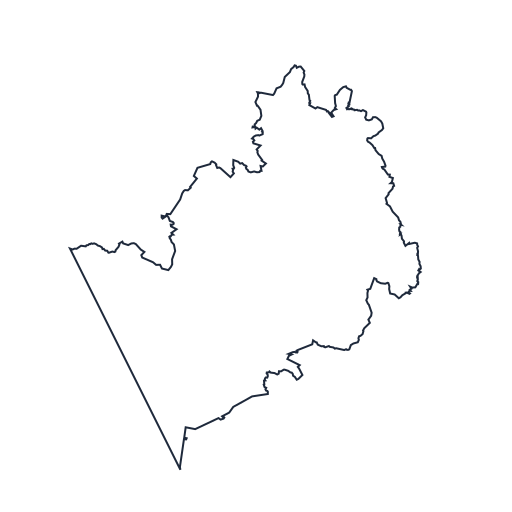 Huichapan, Hidalgo, Mexico, rotated 328°
{"feature_id": "50627088B28469606214618", "entity_name": "Huichapan", "entity_type": "district", "adm_level": 2, "iso_a3": "MEX", "parent_name": "Mexico", "parent_adm1": "Hidalgo", "projection": "natural_earth1", "projection_center": [-99.627, 20.39], "detail": "fine", "context": "isolated", "style": "outline", "palette": "slate", "viewbox_px": 512, "rotation_deg": 328, "n_neighbors": 0, "source": "geoboundaries", "source_scale": "gbopen_adm2", "svg_char_len": 6161}
<svg xmlns="http://www.w3.org/2000/svg" viewBox="0 0 512 512"><g transform="rotate(328 256 256)"><path d="M419.5,159.0L415.2,159.6L410.0,162.0L408.5,161.5L407.6,161.9L404.1,168.3L403.2,171.2L401.2,172.3L401.8,174.0L399.2,173.4L395.7,174.3L395.8,178.6L394.1,178.3L393.6,173.4L394.1,173.3L393.7,171.2L392.8,171.1L392.8,169.2L386.9,162.3L384.6,162.4L381.2,156.3L382.8,155.2L381.5,154.2L382.0,154.4L384.2,153.2L384.0,152.1L386.3,147.2L386.1,145.6L387.3,143.4L387.2,138.7L388.1,136.2L386.5,135.4L386.4,134.7L387.4,132.9L392.1,129.3L393.2,127.8L393.6,125.7L395.0,124.7L394.3,119.0L392.8,118.2L390.3,118.0L390.7,115.8L389.8,114.8L387.9,115.7L384.8,116.1L382.2,118.0L375.3,119.4L370.8,123.7L369.1,124.6L366.6,125.5L362.3,124.7L357.4,128.0L355.7,128.5L346.6,120.0L345.4,119.8L345.2,118.8L343.9,117.8L343.8,119.1L342.2,121.9L337.1,125.1L336.5,128.8L336.8,128.8L337.1,130.1L337.3,134.4L334.8,140.0L331.4,142.4L328.7,142.0L326.6,143.3L324.6,143.7L323.9,145.0L322.8,145.2L321.8,144.5L321.2,145.1L323.7,146.2L323.1,147.7L324.6,147.5L325.8,150.6L328.0,150.3L327.8,153.6L327.0,153.8L327.2,154.8L326.2,156.2L322.6,155.6L322.1,154.8L319.7,153.7L317.3,153.6L314.9,154.3L315.7,155.3L315.8,157.1L313.9,157.5L313.5,159.1L318.4,164.7L313.0,166.0L313.1,167.8L312.1,168.8L311.6,171.1L312.1,177.8L311.3,178.1L313.4,182.8L309.2,183.7L307.6,182.1L305.8,186.7L304.7,186.0L303.5,186.7L301.2,185.5L299.2,183.3L295.9,182.3L294.3,180.3L294.6,178.7L294.0,177.2L294.2,175.7L295.5,175.0L295.2,173.9L294.1,172.7L293.5,169.9L291.5,169.3L290.9,166.7L287.7,162.6L284.8,166.9L284.2,169.7L283.5,170.1L282.4,169.6L282.2,170.8L280.9,172.1L281.0,174.2L276.1,175.6L272.4,162.7L271.6,161.4L269.8,160.8L270.3,157.6L270.9,157.2L270.4,154.9L268.8,152.4L267.3,152.6L265.9,153.8L253.1,150.2L245.7,155.2L246.9,159.0L236.7,162.5L236.8,163.5L233.0,164.2L230.8,162.5L229.3,162.5L226.6,163.8L221.6,167.9L205.5,175.1L202.6,173.0L201.3,174.0L199.8,174.2L197.4,171.8L196.4,173.4L196.6,174.8L201.6,174.6L202.1,175.1L202.3,176.9L201.5,180.6L203.5,183.1L203.7,184.3L203.2,185.1L201.7,185.2L200.3,184.2L199.6,185.8L202.8,191.2L196.5,191.6L197.1,194.0L195.7,193.3L194.2,194.1L193.3,193.6L192.7,193.8L192.9,194.5L192.3,195.1L192.4,197.2L191.8,199.4L192.5,202.7L190.1,208.9L183.1,214.3L180.5,218.7L178.0,220.2L174.2,221.5L169.6,216.8L170.0,212.6L166.6,210.6L165.4,206.8L158.7,197.0L159.2,194.5L163.5,193.4L161.7,189.5L160.4,182.2L159.2,180.4L156.9,179.3L153.4,179.0L150.0,174.9L150.3,173.0L146.3,172.9L146.2,174.0L144.2,175.4L140.0,176.7L139.1,177.7L138.1,177.7L136.5,176.1L133.0,175.3L132.6,175.0L132.6,172.7L131.0,171.5L130.7,169.3L129.5,168.8L129.9,167.1L128.9,165.0L127.4,163.3L126.8,161.4L125.4,159.5L123.9,159.1L123.0,158.0L121.7,158.1L121.0,157.5L119.4,157.8L117.9,157.1L116.7,157.6L113.1,154.6L107.7,154.8L106.0,153.6L103.9,153.3L102.2,151.1L78.6,397.2L79.6,394.7L97.8,373.2L99.6,374.5L100.6,373.8L98.9,372.0L105.6,364.0L112.7,370.6L138.3,373.6L139.3,376.0L142.3,376.7L143.5,376.2L143.4,375.6L142.6,375.3L142.3,374.0L150.3,374.6L156.8,371.9L167.6,372.5L178.3,373.0L192.9,379.3L194.1,377.4L194.1,376.5L193.2,375.4L193.4,374.0L194.8,373.2L193.8,371.6L194.4,369.2L195.0,369.3L196.7,366.0L197.9,366.5L197.8,365.6L198.8,364.6L199.9,364.2L201.1,365.1L202.4,364.1L203.0,362.7L202.8,361.2L203.4,360.5L205.4,361.5L206.2,361.1L206.7,362.7L209.7,365.1L211.2,367.7L212.9,367.8L214.4,365.9L216.1,367.1L219.3,367.1L220.0,367.5L222.5,370.5L223.5,373.0L224.5,373.8L224.7,375.4L224.0,377.2L224.9,379.1L225.0,382.5L226.8,382.7L232.3,381.5L232.9,374.3L232.7,372.2L235.2,371.7L228.0,360.0L231.0,358.1L233.9,358.4L231.8,356.3L236.1,357.0L237.8,357.7L238.7,359.0L239.4,358.6L240.0,359.6L240.5,359.3L240.4,357.8L241.8,357.9L256.9,360.7L259.7,357.8L261.0,360.9L261.7,361.4L261.4,363.9L263.6,367.2L265.8,368.4L265.6,369.2L266.3,370.1L270.1,371.0L270.4,372.1L273.2,374.6L273.8,376.4L275.0,376.6L281.0,382.5L283.0,382.8L283.5,383.9L284.9,384.6L285.8,384.5L289.2,381.8L292.2,381.8L296.6,383.1L298.8,381.6L299.3,380.0L300.9,378.7L302.3,379.1L305.0,378.7L307.3,376.6L307.3,375.9L309.6,374.6L317.1,373.0L317.6,369.5L322.0,367.7L324.0,365.4L325.9,357.1L325.6,355.7L326.1,351.9L328.6,350.3L330.9,346.4L332.6,344.8L332.6,343.6L335.5,344.4L344.5,337.4L345.8,339.4L345.3,340.3L345.2,341.7L347.4,345.2L350.9,348.0L353.5,348.5L353.9,349.1L353.1,352.3L351.4,354.6L349.9,358.9L353.2,362.1L354.7,367.5L356.6,367.6L359.3,366.8L363.2,366.9L363.5,366.4L364.4,366.8L366.1,369.4L366.7,369.3L365.8,367.5L367.8,366.8L368.7,367.5L368.6,366.1L370.5,366.1L370.5,363.7L371.8,365.6L374.5,367.0L378.7,364.8L378.9,365.3L379.8,364.1L379.5,362.7L380.6,362.0L381.4,359.2L381.8,358.8L382.0,359.5L382.7,358.2L385.0,357.0L387.1,356.8L386.0,354.3L387.3,353.6L387.4,354.2L389.1,354.0L390.2,351.9L390.4,349.3L391.6,347.7L391.8,344.9L393.4,341.9L393.8,340.7L393.4,340.5L394.0,339.7L394.4,340.0L395.9,337.9L397.0,334.5L398.5,333.7L398.6,332.0L399.3,330.7L397.7,328.9L392.3,327.0L392.7,326.1L388.1,326.6L388.4,323.0L389.3,322.0L388.9,318.7L390.2,315.9L390.4,314.2L389.9,314.2L390.6,313.7L389.9,313.4L391.1,312.1L390.7,311.2L391.2,309.7L392.6,307.7L393.8,307.7L395.2,306.0L395.7,306.5L395.4,305.4L395.9,305.6L396.6,303.4L396.2,301.6L397.0,298.6L395.4,290.8L395.9,284.9L394.3,280.9L395.2,280.5L396.6,275.6L401.1,274.0L401.7,272.9L407.4,271.3L409.0,269.7L410.3,269.7L411.0,267.1L408.7,265.6L410.4,265.3L413.4,262.4L411.1,259.6L412.6,257.9L411.0,256.8L410.7,250.7L409.8,249.2L409.7,247.8L409.9,247.2L413.0,248.7L413.7,248.0L414.6,243.9L414.7,240.3L415.6,237.6L414.1,234.6L413.4,229.6L414.2,227.6L413.5,227.2L413.5,223.7L412.4,219.8L411.6,218.7L411.5,216.9L412.7,215.4L413.4,215.3L416.0,217.2L419.1,216.6L421.0,217.1L424.4,216.9L425.3,216.2L429.6,215.9L431.6,215.1L433.3,210.6L433.4,208.0L431.7,202.8L430.8,201.5L428.8,200.3L426.6,201.5L423.6,200.8L421.7,198.8L422.0,196.3L424.0,195.0L425.7,192.7L425.8,191.9L424.0,188.9L421.8,188.8L420.7,187.2L419.7,186.8L419.2,185.6L416.8,184.6L416.9,184.0L415.0,182.3L415.5,182.0L415.2,181.4L412.6,180.9L412.0,179.9L411.0,179.8L411.1,178.4L413.9,178.2L414.0,177.1L415.3,177.1L415.2,175.8L416.3,175.7L416.2,174.9L417.1,174.9L424.7,167.0L424.7,165.4L424.1,165.1L422.0,161.4L422.2,159.8L419.5,159.0Z" fill="none" stroke="#1e293b" stroke-width="2"/></g></svg>